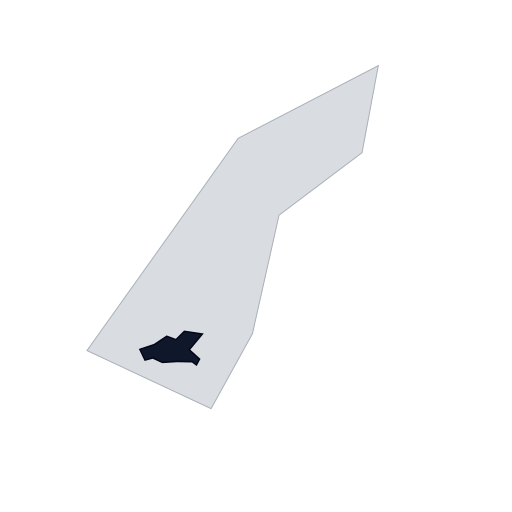 Seychelles, with Beau Vallon highlighted, rotated 244°
{"feature_id": "SYC-5205", "entity_name": "Beau Vallon", "entity_type": "state/province", "adm_level": 1, "iso_a3": "SYC", "parent_name": "Seychelles", "parent_adm1": "", "projection": "natural_earth1", "projection_center": [55.429, -4.605], "detail": "fine", "context": "in_parent", "style": "filled", "palette": "ink", "viewbox_px": 512, "rotation_deg": 244, "n_neighbors": 0, "source": "natural_earth", "source_scale": "10m", "svg_char_len": 508}
<svg xmlns="http://www.w3.org/2000/svg" viewBox="0 0 512 512"><g transform="rotate(244 256 256)"><path d="M369.6,291.6L373.5,449.4L302.4,396.6L282.6,294.6L187.7,218.7L138.5,148.7L245.1,62.6L369.6,291.6Z" fill="#d9dde1" stroke="#a8b0b8" stroke-width="1"/><path d="M184.2,154.7L188.9,152.3L195.8,138.8L201.4,125.2L209.6,118.5L211.1,110.6L223.0,110.7L221.0,125.7L223.0,140.6L215.9,147.4L219.7,158.6L209.4,173.6L201.0,154.9L188.1,160.1L184.2,154.7Z" fill="#0f172a" stroke="#020617" stroke-width="1.5"/></g></svg>